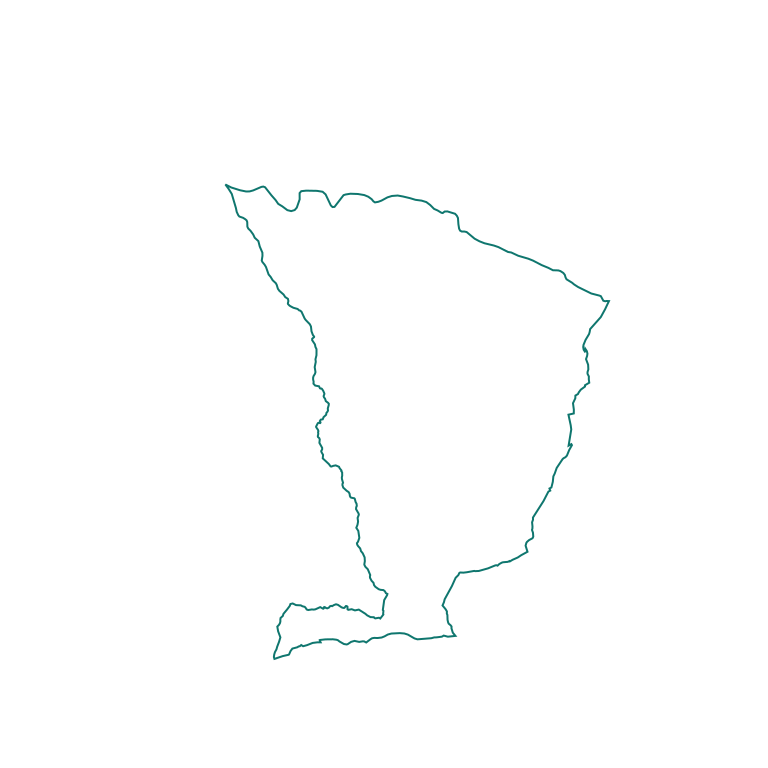 Ciénega, Boyacá, Colombia, rotated 239°
{"feature_id": "7082276B91225455065481", "entity_name": "Ciénega", "entity_type": "district", "adm_level": 2, "iso_a3": "COL", "parent_name": "Colombia", "parent_adm1": "Boyacá", "projection": "albers", "projection_center": [-73.291, 5.4], "detail": "fine", "context": "isolated", "style": "outline", "palette": "teal", "viewbox_px": 768, "rotation_deg": 239, "n_neighbors": 0, "source": "geoboundaries", "source_scale": "gbopen_adm2", "svg_char_len": 6166}
<svg xmlns="http://www.w3.org/2000/svg" viewBox="0 0 768 768"><g transform="rotate(239 384 384)"><path d="M636.7,350.8L631.4,351.3L625.3,351.4L611.1,347.7L607.4,346.4L603.6,346.0L602.0,346.3L599.0,348.8L596.6,350.0L595.0,350.5L593.3,350.2L589.2,347.9L587.2,347.7L584.1,348.5L579.6,348.9L576.0,348.5L571.2,349.9L565.8,348.3L559.2,347.4L556.4,345.8L552.8,342.8L551.1,342.6L547.8,343.1L545.1,343.1L537.3,341.5L534.2,342.0L530.3,342.0L526.1,343.2L524.2,343.1L520.3,342.1L517.7,342.3L512.4,344.0L509.4,344.1L506.5,345.5L504.4,344.8L502.6,343.1L501.9,342.9L499.8,343.4L498.3,344.2L496.0,345.6L492.8,348.6L490.8,349.2L490.0,350.0L488.4,350.5L480.9,349.7L479.0,349.9L473.4,351.2L470.9,351.0L466.5,349.0L462.7,348.3L460.6,348.5L460.2,348.2L459.8,345.8L458.6,345.0L453.5,345.2L451.0,344.3L448.7,344.1L447.3,343.3L443.4,340.9L440.5,338.0L438.1,336.9L434.2,333.3L429.5,331.4L428.3,330.1L427.0,327.6L425.8,326.4L424.2,325.5L422.3,324.9L420.6,323.7L418.1,324.2L415.5,327.1L413.3,326.9L412.8,327.2L412.3,328.1L411.7,328.3L409.5,328.4L406.6,328.0L406.1,327.7L404.7,326.0L403.5,325.7L401.7,325.9L399.3,325.3L396.6,326.4L395.4,326.5L394.2,325.6L392.1,323.3L390.1,322.3L389.4,321.3L388.9,319.8L387.4,318.5L386.7,315.1L385.3,313.3L386.0,311.4L385.3,310.0L383.8,309.8L383.4,309.3L383.4,309.0L384.3,308.3L384.5,307.1L382.5,303.9L381.8,303.6L378.8,303.8L377.4,303.5L376.7,302.7L375.1,302.0L373.4,300.4L372.6,300.1L371.0,300.6L369.6,300.4L366.8,298.3L361.1,298.1L359.8,297.3L358.8,295.6L357.5,295.3L354.7,295.3L351.8,293.2L343.8,295.5L340.9,295.8L340.3,296.5L340.0,298.3L339.1,300.7L336.2,302.8L334.7,302.6L331.8,303.0L331.3,302.5L329.8,302.6L327.0,301.0L325.6,299.7L324.2,299.0L320.4,298.0L319.8,297.0L318.8,296.3L316.2,295.7L311.7,297.0L309.6,298.0L307.8,298.0L305.6,297.1L304.1,297.0L303.5,297.3L301.3,299.7L300.5,299.8L297.5,298.9L295.5,298.8L293.5,297.9L292.7,296.7L291.2,295.6L286.1,295.5L284.9,295.1L282.8,292.4L279.4,290.9L277.0,288.8L275.0,286.2L271.3,286.3L264.8,283.6L262.2,280.5L261.5,278.8L260.1,278.3L258.5,278.3L255.3,278.9L252.6,278.2L249.9,278.6L245.4,278.1L242.1,276.4L239.5,274.2L238.7,274.0L236.8,273.9L233.6,274.7L227.3,273.8L226.6,273.0L225.1,272.2L221.8,272.0L219.0,272.6L216.8,271.9L214.7,272.1L210.8,273.8L209.3,275.1L207.6,277.4L205.8,278.0L203.7,277.9L202.3,278.8L201.4,277.9L198.7,272.9L190.9,266.6L189.9,266.7L187.3,264.8L186.7,264.7L184.9,260.0L186.0,259.5L186.4,258.9L187.6,255.8L188.4,255.3L189.3,255.2L191.1,252.4L194.4,250.4L196.6,249.7L203.6,246.2L204.9,242.5L207.6,240.3L208.8,237.1L209.6,236.7L212.0,238.0L212.9,237.6L213.3,236.9L212.5,234.8L213.0,233.8L214.4,232.6L218.4,230.8L219.9,229.4L220.3,227.3L220.3,225.1L221.0,224.5L221.3,223.3L220.7,221.6L220.9,219.9L221.7,219.0L222.8,218.6L223.6,217.9L223.5,217.5L222.7,216.9L222.7,216.1L225.6,214.4L226.2,209.1L226.8,207.6L227.9,206.1L229.3,202.6L230.5,201.6L232.9,201.5L233.9,201.2L235.5,199.6L237.1,198.7L239.8,194.7L242.9,192.7L243.6,190.5L242.3,188.9L240.6,184.7L238.8,179.5L237.3,177.8L236.7,174.8L235.3,173.7L234.0,173.0L232.7,171.8L231.7,170.1L231.0,167.6L226.6,165.9L220.2,164.7L217.1,161.3L213.8,157.1L211.9,155.1L210.4,152.5L208.7,150.6L206.7,149.0L204.8,148.5L202.9,157.1L201.0,162.9L201.2,163.5L203.2,166.3L204.4,169.2L203.0,174.0L203.0,175.7L202.6,176.8L202.9,178.6L200.9,179.6L199.8,183.5L198.8,189.5L197.0,193.6L195.2,196.6L197.1,196.8L197.6,197.0L197.5,197.4L195.3,202.2L191.5,208.7L189.4,211.4L188.2,212.5L186.3,213.2L181.8,215.7L180.0,217.8L179.7,218.8L179.9,223.0L179.0,226.4L175.7,229.9L174.4,233.2L173.6,234.4L171.6,235.6L172.2,241.1L172.2,242.8L171.4,244.9L169.6,247.6L167.9,251.4L167.4,254.5L167.3,258.2L166.3,261.8L162.4,269.1L159.7,272.9L156.9,275.4L150.2,279.1L147.9,281.2L141.7,293.7L140.9,296.6L139.8,298.5L137.6,303.5L137.6,305.6L134.5,308.6L131.3,315.5L135.4,314.9L139.8,316.0L141.4,317.0L143.0,316.8L145.3,316.0L146.7,316.2L149.1,317.0L153.4,319.4L154.8,319.6L156.7,320.8L159.4,320.8L164.0,320.1L166.1,323.0L168.2,325.1L175.8,338.1L181.0,345.6L181.9,349.3L183.2,351.2L183.2,352.2L181.4,354.9L180.0,358.0L177.3,365.1L176.6,365.8L174.9,369.0L172.4,378.2L171.2,386.0L170.7,387.1L169.8,387.8L170.3,390.1L170.2,393.0L169.9,394.2L167.8,398.5L167.6,400.4L167.1,400.5L167.1,403.6L166.4,409.3L166.6,413.5L166.3,420.6L172.5,422.1L174.5,424.2L175.0,425.2L175.5,428.0L175.3,431.4L175.5,432.3L176.4,433.4L179.8,435.1L182.7,435.7L183.6,436.7L185.4,437.9L189.2,439.7L190.9,441.8L192.8,442.9L201.5,460.4L207.1,469.5L207.0,471.6L209.2,472.0L209.1,474.2L213.2,478.3L217.6,481.6L219.3,484.2L223.1,488.8L227.6,498.3L227.9,499.6L227.8,501.8L228.4,503.9L232.0,508.7L234.8,513.6L236.0,513.6L236.1,510.5L248.6,521.1L252.5,522.8L262.7,526.3L261.0,531.5L264.2,533.5L270.2,536.1L273.2,540.6L275.5,542.1L275.5,545.1L276.5,546.6L277.8,549.8L278.3,555.0L279.4,555.6L279.4,560.6L282.6,562.0L285.0,563.5L287.8,563.7L288.5,564.0L289.5,564.7L291.3,566.7L295.4,568.9L301.3,570.0L303.4,572.5L305.2,574.0L307.7,574.8L310.2,574.7L308.4,573.4L308.3,572.9L310.5,572.8L313.1,573.8L314.8,575.2L318.0,579.5L321.2,585.5L322.7,587.1L324.9,589.0L329.7,604.3L334.2,612.0L339.2,619.5L340.5,617.6L341.0,616.2L342.4,614.9L347.6,615.1L348.9,614.1L354.8,608.3L367.2,600.3L371.5,598.2L373.9,597.4L379.7,594.4L381.8,594.5L384.4,595.2L386.8,594.9L389.9,593.4L391.6,591.9L394.5,587.4L398.9,584.7L404.7,580.4L413.0,575.3L417.1,572.2L424.8,565.1L431.2,560.8L433.3,558.3L442.4,552.6L446.1,549.5L452.9,542.6L457.2,539.3L461.9,536.5L471.7,533.1L473.4,531.3L474.6,529.2L476.3,528.2L478.5,528.4L482.7,530.1L488.2,532.9L490.8,533.1L493.3,532.6L499.3,527.2L500.6,524.8L500.3,522.4L501.2,521.4L505.2,519.3L508.3,517.1L513.6,515.8L518.1,514.0L521.8,510.7L525.7,505.8L529.8,502.1L534.9,496.9L538.5,492.8L541.1,487.6L542.2,483.1L542.5,476.3L543.1,473.0L544.3,469.8L546.0,469.0L548.8,468.6L552.6,467.0L556.1,464.4L560.3,459.5L564.4,453.2L566.2,448.7L566.7,446.6L561.3,432.8L562.2,431.0L564.5,430.4L576.6,431.6L580.4,430.4L584.1,426.0L589.8,416.9L591.9,412.4L591.1,410.0L585.7,406.8L580.1,400.1L579.1,397.0L580.0,393.5L582.8,390.7L588.7,388.3L592.9,386.1L597.5,385.8L603.6,384.7L613.9,383.4L615.4,382.2L616.1,380.4L617.3,371.6L618.3,368.0L620.0,365.0L624.2,360.4L631.1,354.3L636.7,350.8Z" fill="none" stroke="#0f766e" stroke-width="2"/></g></svg>